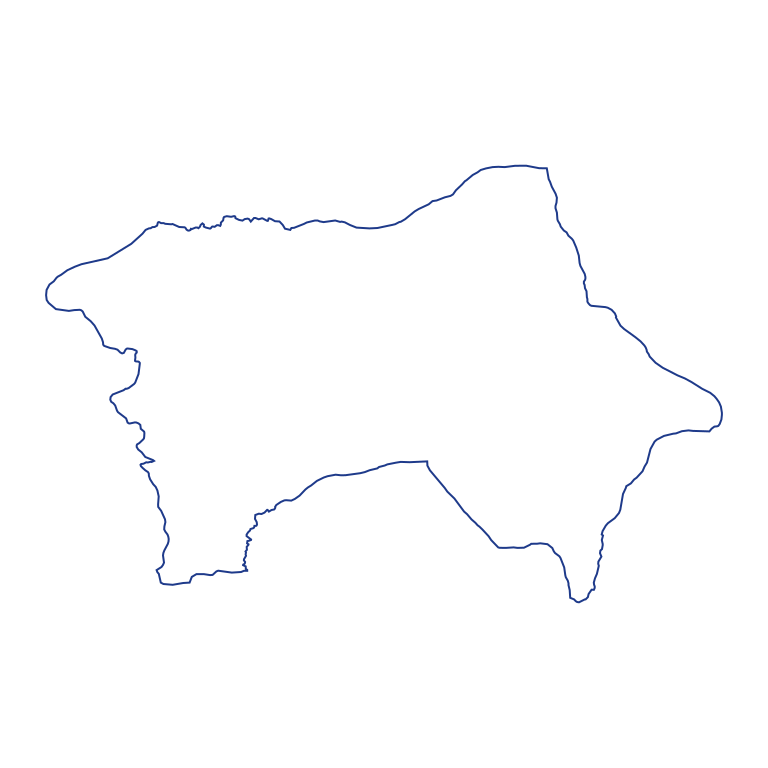 the district of Shieb, Semenawi Keyih Bahri, Eritrea
{"feature_id": "51966322B10496032300276", "entity_name": "Shieb", "entity_type": "district", "adm_level": 2, "iso_a3": "ERI", "parent_name": "Eritrea", "parent_adm1": "Semenawi Keyih Bahri", "projection": "orthographic", "projection_center": [39.092, 15.818], "detail": "fine", "context": "isolated", "style": "outline", "palette": "blue", "viewbox_px": 768, "rotation_deg": 0, "n_neighbors": 0, "source": "geoboundaries", "source_scale": "gbopen_adm2", "svg_char_len": 6106}
<svg xmlns="http://www.w3.org/2000/svg" viewBox="0 0 768 768"><path d="M160.8,582.6L163.4,584.0L172.7,584.8L183.2,583.0L189.6,582.6L191.8,576.9L196.5,574.1L203.7,574.1L210.1,575.1L212.6,574.9L216.4,571.4L218.2,570.7L231.8,572.6L241.1,572.0L244.0,570.8L247.2,570.8L247.2,569.9L245.8,568.9L245.7,566.4L243.1,565.2L243.2,564.6L244.4,564.0L245.0,562.9L245.1,561.9L243.9,560.4L244.0,559.2L246.0,555.8L245.6,554.2L246.0,552.7L245.5,551.5L246.9,549.8L246.7,546.9L248.5,544.7L248.5,544.3L247.1,543.4L247.4,541.1L249.2,540.7L251.0,540.0L251.1,539.5L246.6,536.1L246.6,534.6L248.1,532.3L250.0,530.5L250.5,529.0L253.2,528.2L254.1,527.5L254.4,525.9L256.0,525.9L256.6,525.5L257.0,524.4L256.7,522.1L255.0,518.9L255.3,515.0L258.8,513.7L261.5,514.0L264.5,512.6L267.1,509.9L267.6,509.9L268.9,511.6L271.5,510.0L274.1,509.5L274.9,508.6L275.3,507.6L275.1,506.9L276.3,505.0L280.7,502.0L284.3,500.4L286.1,500.2L291.3,500.6L294.9,498.9L299.6,495.6L305.4,489.5L308.0,487.4L311.1,485.5L316.9,480.9L323.8,477.5L327.6,476.2L335.6,474.7L341.1,475.3L345.5,475.2L360.2,473.2L364.8,472.1L369.7,470.2L377.3,468.4L379.0,467.0L384.8,465.5L387.3,464.4L395.8,462.7L400.7,461.9L409.6,462.2L427.2,461.4L427.4,465.6L429.9,470.3L444.7,487.9L447.3,491.6L454.4,498.5L464.1,511.6L467.1,514.2L471.5,519.4L475.4,522.8L477.6,525.3L479.4,526.6L482.5,529.6L488.6,536.2L491.2,540.1L498.2,547.4L499.6,547.8L505.7,547.9L513.6,547.4L517.5,547.9L524.0,547.7L530.1,544.7L531.2,543.8L537.3,543.7L540.2,543.3L547.5,544.2L552.3,548.0L553.8,551.3L555.0,553.0L559.4,556.3L560.5,558.0L564.2,567.4L565.3,575.2L565.8,577.2L567.8,580.7L568.5,583.3L568.5,585.1L569.7,590.1L570.2,597.8L574.1,599.4L575.8,601.2L577.1,602.0L579.0,602.3L584.8,599.4L585.6,599.4L587.9,597.1L588.6,594.0L591.6,589.7L593.9,589.8L594.7,587.9L594.7,586.3L594.1,584.8L593.8,582.6L595.0,578.3L596.9,573.9L598.8,565.8L598.2,563.8L598.4,561.6L601.4,556.6L600.0,553.2L600.4,550.6L602.0,549.1L602.7,545.2L602.7,544.0L601.8,540.0L603.0,535.5L601.7,534.5L602.6,531.1L605.8,525.6L607.9,523.2L614.7,518.2L619.0,513.0L620.3,509.7L623.0,494.0L625.8,488.0L626.3,486.2L630.9,483.4L634.1,479.5L636.6,477.7L642.5,471.3L644.6,466.5L647.0,462.6L650.5,449.0L654.6,441.6L656.7,439.7L664.0,435.9L673.2,433.7L676.0,433.4L681.9,431.2L688.5,430.4L692.9,430.9L709.4,431.4L711.6,428.7L714.4,426.6L717.2,426.3L718.3,425.9L719.7,424.0L721.4,419.5L721.9,414.9L721.9,412.8L720.9,406.6L719.1,402.4L716.6,398.8L714.4,396.2L710.2,392.8L702.2,388.8L691.6,382.1L684.8,378.4L677.6,375.4L662.8,367.8L655.6,362.8L649.7,356.6L648.7,354.2L646.9,351.6L646.6,349.8L645.7,347.5L644.4,345.5L640.6,341.4L635.4,337.2L624.2,329.1L620.5,325.7L615.9,317.5L616.2,316.5L614.9,313.4L611.6,309.8L607.7,307.7L605.3,307.1L591.4,305.8L590.0,305.1L588.3,303.2L587.4,301.7L587.4,299.0L586.9,297.3L586.5,291.2L585.0,288.2L584.6,284.9L583.9,283.5L583.9,281.6L585.1,279.8L585.4,278.6L585.4,276.9L584.7,273.9L580.4,265.9L579.6,263.0L578.8,255.6L576.2,247.5L573.2,240.5L571.8,238.7L568.4,235.7L566.6,232.4L563.8,230.5L560.7,226.6L559.9,224.2L557.8,220.7L557.4,219.3L556.9,212.6L555.5,208.2L555.5,206.0L556.5,202.6L556.9,197.7L555.6,193.8L551.8,186.7L550.0,181.7L548.7,179.2L546.8,168.3L539.2,168.2L526.1,165.7L515.0,165.8L504.7,167.1L498.4,166.8L492.6,167.1L486.0,168.4L480.7,170.0L477.6,172.3L472.7,175.0L466.4,180.3L464.9,181.2L462.2,184.3L455.9,190.3L453.0,194.4L450.5,195.9L444.9,197.3L436.6,200.5L432.5,201.1L428.7,204.3L418.7,209.0L414.7,211.4L405.1,219.2L400.7,221.8L399.4,222.0L395.2,224.2L392.3,224.9L377.5,228.0L369.5,228.4L356.5,227.6L350.0,225.0L344.8,222.3L341.6,221.6L340.1,221.9L335.2,220.5L323.6,222.1L319.8,221.4L317.6,220.5L315.0,220.5L306.7,222.5L304.0,223.9L294.1,227.8L291.4,228.0L290.3,229.9L285.0,228.7L282.8,225.0L279.5,221.5L275.0,221.2L271.3,219.1L269.3,218.4L268.6,218.5L267.9,220.8L267.3,220.9L262.8,218.5L262.0,218.3L258.7,219.3L255.5,218.0L254.0,218.0L250.8,221.6L249.1,219.2L247.7,218.6L244.7,219.1L242.5,220.6L239.0,219.9L235.5,218.2L235.2,216.5L234.1,216.1L231.1,216.8L226.8,216.2L224.2,216.9L223.6,217.7L223.1,220.4L220.9,222.6L220.8,224.7L220.2,225.9L218.3,225.2L216.9,225.2L214.7,226.8L212.6,226.5L212.0,226.7L210.8,228.2L210.0,228.6L206.0,227.6L204.2,226.8L203.8,226.5L203.9,224.6L202.4,223.4L200.6,225.0L199.9,226.8L198.4,228.2L197.2,227.5L195.7,227.5L192.0,229.0L190.9,228.8L190.5,230.0L189.0,230.6L188.1,230.6L186.6,229.7L185.4,227.8L184.6,227.3L179.2,227.0L172.5,224.0L171.3,224.3L165.2,223.8L163.6,223.1L161.0,223.1L159.2,222.1L158.4,222.1L157.8,222.8L157.1,225.6L154.6,227.0L152.4,227.1L150.7,228.2L148.9,228.4L145.6,229.9L142.5,233.7L131.3,243.8L107.7,258.3L81.5,264.2L74.9,266.7L67.4,270.2L61.1,274.8L57.7,276.7L56.4,277.9L53.8,281.3L49.5,284.5L46.6,289.9L46.1,295.2L46.7,300.0L48.6,302.9L55.9,309.1L68.9,310.9L74.2,310.1L79.8,309.8L81.3,310.3L82.7,311.5L85.3,316.8L90.7,321.2L94.5,325.5L101.8,338.5L103.0,342.2L103.2,344.7L104.2,345.9L110.2,348.0L115.0,348.8L117.5,349.7L120.3,352.5L122.1,353.4L123.8,352.9L125.7,349.5L126.9,348.6L127.6,348.5L132.4,349.1L135.6,350.4L136.7,351.2L136.7,352.6L135.8,353.4L135.2,354.9L135.4,357.7L135.0,360.5L135.1,361.0L135.9,361.4L138.4,361.6L139.1,362.0L139.8,362.9L139.8,363.8L138.5,374.1L135.2,382.6L134.2,383.9L128.6,388.1L126.6,388.8L125.6,388.7L123.6,390.2L112.7,394.5L110.6,397.1L110.3,399.7L111.2,401.8L113.4,403.3L115.2,405.5L117.0,410.6L118.0,412.2L126.1,418.4L127.6,422.6L128.9,423.4L129.8,423.5L134.9,422.4L136.3,422.5L138.5,423.4L140.3,424.9L140.8,428.8L144.1,431.6L144.4,433.0L144.2,436.8L143.9,438.5L143.1,439.5L139.3,443.1L137.1,444.4L136.7,445.3L136.7,447.0L138.2,449.5L141.7,452.3L145.3,457.0L153.0,460.1L154.0,460.9L151.6,462.0L150.6,461.8L147.8,462.5L146.2,462.3L143.5,463.7L141.2,464.0L140.5,464.8L140.9,466.1L142.6,467.9L145.3,470.3L148.0,472.1L148.8,473.5L148.9,475.8L150.1,479.3L153.2,484.2L155.7,486.9L157.4,490.5L158.7,496.4L158.1,504.3L158.2,506.9L161.2,510.9L165.0,519.3L165.4,522.1L164.4,526.4L164.2,529.4L165.3,531.6L167.5,534.5L168.3,536.7L168.7,539.0L168.5,541.5L167.8,543.9L164.3,550.5L163.4,552.9L163.0,555.4L164.0,562.6L163.0,564.9L161.5,567.0L156.6,570.1L157.4,572.2L158.8,573.8L160.8,582.6Z" fill="none" stroke="#1e3a8a" stroke-width="2"/></svg>